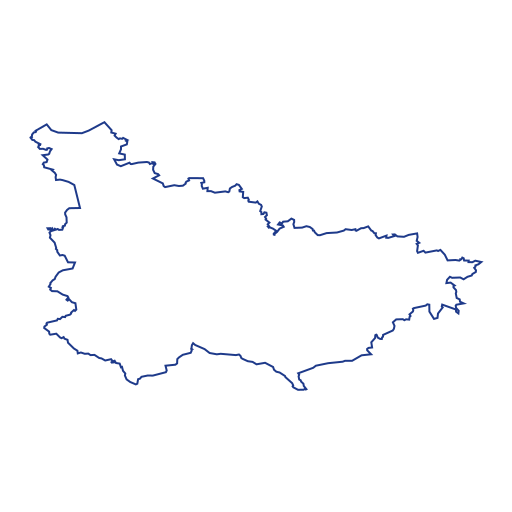 outline of Newcastle West Lea-6, Limerick, Ireland
{"feature_id": "5873133B14454086811136", "entity_name": "Newcastle West Lea-6", "entity_type": "district", "adm_level": 2, "iso_a3": "IRL", "parent_name": "Ireland", "parent_adm1": "Limerick", "projection": "robinson", "projection_center": [-9.078, 52.442], "detail": "fine", "context": "isolated", "style": "outline", "palette": "blue", "viewbox_px": 512, "rotation_deg": 0, "n_neighbors": 0, "source": "geoboundaries", "source_scale": "gbopen_adm2", "svg_char_len": 5980}
<svg xmlns="http://www.w3.org/2000/svg" viewBox="0 0 512 512"><path d="M458.4,313.4L458.7,310.8L456.1,307.9L455.7,305.7L456.4,304.7L463.7,303.4L460.0,301.7L459.7,299.4L456.7,298.0L455.8,293.4L456.3,291.9L456.0,290.1L453.5,287.4L453.5,286.0L454.6,285.5L450.6,282.6L446.4,283.1L447.1,279.8L449.9,276.8L452.1,277.8L460.2,277.5L463.6,279.3L467.5,276.8L471.7,275.5L472.4,274.0L475.8,272.0L476.0,270.3L474.2,267.8L475.5,266.6L475.4,265.4L478.4,264.3L481.3,262.0L475.3,260.7L472.4,262.2L468.5,262.1L468.7,260.6L464.1,260.5L463.7,258.3L462.3,257.6L461.4,259.2L460.3,259.3L460.4,259.8L459.3,260.6L455.5,260.0L447.6,260.4L444.8,254.7L440.4,249.9L438.1,251.0L436.8,250.4L425.4,252.6L423.6,250.8L417.9,252.8L417.1,251.1L417.9,245.4L416.7,243.9L419.2,242.8L416.7,240.8L417.6,237.0L417.1,233.4L408.7,234.9L404.0,236.8L397.4,236.4L394.8,234.4L393.0,234.5L394.2,236.1L388.2,237.9L386.2,237.7L386.5,235.6L378.9,238.4L377.3,237.5L375.6,235.1L375.9,233.3L374.3,233.2L372.5,231.0L371.3,230.6L368.2,226.4L363.6,228.1L361.1,228.2L356.4,230.8L355.6,230.5L355.4,229.2L351.7,230.0L345.6,229.2L343.8,230.6L337.0,232.5L326.6,233.1L320.0,235.2L317.7,235.1L314.8,232.3L314.0,230.6L312.9,230.5L312.6,229.0L309.8,227.0L306.4,226.2L302.1,227.6L294.5,227.9L293.4,224.2L294.2,222.0L294.1,219.9L291.4,218.6L287.8,221.3L283.1,221.7L281.9,223.5L279.7,222.4L278.1,224.5L282.9,225.5L283.7,226.8L279.6,228.6L277.1,231.9L274.7,233.8L274.5,234.8L273.8,234.6L273.7,233.8L276.2,230.8L272.9,228.6L269.7,227.3L268.8,227.7L268.1,226.8L269.4,226.7L267.7,224.3L269.4,222.6L265.6,219.6L266.1,218.7L265.0,217.0L266.9,215.2L266.4,212.7L264.4,212.3L263.4,214.0L261.4,214.2L261.4,212.1L260.2,211.1L261.8,206.5L261.1,204.9L258.8,203.7L257.4,201.4L255.8,202.6L248.7,201.7L248.3,200.8L248.8,199.8L247.8,197.7L244.2,198.1L242.8,197.2L243.2,191.9L239.6,191.4L239.4,190.1L241.8,188.9L238.9,184.9L236.6,184.2L235.2,185.7L232.0,187.0L229.9,188.5L229.3,191.5L228.2,192.2L225.3,191.4L214.9,192.7L210.9,191.1L207.4,191.1L207.7,187.8L202.9,188.7L201.7,185.9L201.9,184.5L201.3,182.9L204.3,182.3L204.3,180.8L203.1,178.2L189.2,178.1L188.4,178.6L189.1,180.4L186.4,181.6L185.7,182.5L185.7,183.6L182.9,185.7L178.9,186.0L174.3,185.2L165.1,187.1L163.7,186.1L162.8,183.4L152.9,178.5L159.1,175.3L158.1,174.1L154.7,173.1L153.1,169.8L153.3,166.6L155.4,164.0L154.6,162.4L153.7,162.3L154.4,162.9L153.5,163.1L153.9,163.3L153.4,164.0L151.9,163.2L149.9,164.0L148.9,162.5L146.9,162.0L138.3,162.6L131.7,164.1L130.6,164.0L129.5,162.7L120.8,166.2L117.0,164.6L114.1,159.3L118.7,160.2L124.9,159.3L124.8,154.6L119.2,153.4L121.0,149.3L121.0,146.5L126.8,144.4L127.3,141.7L126.1,140.9L127.4,140.1L123.1,137.9L122.2,138.8L119.9,138.4L118.7,139.1L116.5,137.5L114.6,135.6L115.6,133.7L111.3,132.5L111.6,130.2L104.4,122.2L88.7,130.6L81.9,133.2L58.2,132.6L51.3,130.1L46.7,124.4L35.7,130.7L36.1,131.2L35.7,132.1L33.8,132.4L32.1,134.5L31.9,136.3L31.1,137.0L31.6,137.5L30.7,137.9L32.3,139.9L34.2,140.2L35.4,141.7L40.4,144.2L40.1,145.0L38.7,145.1L38.7,146.7L38.2,147.1L39.8,148.9L43.1,148.8L46.1,149.9L47.1,149.6L47.2,148.4L49.0,148.0L51.6,149.1L50.0,151.3L49.2,153.8L48.2,154.5L42.7,155.2L47.5,159.6L46.6,162.1L43.8,162.6L42.8,164.2L43.9,165.2L44.2,167.3L52.7,169.6L51.8,170.3L54.8,172.8L56.1,174.9L55.6,177.1L56.0,180.0L60.0,179.6L62.6,180.1L68.6,181.9L74.3,185.0L80.0,208.0L69.3,208.2L67.1,209.9L65.1,212.6L65.2,214.4L66.5,217.3L66.7,222.6L65.1,224.2L64.9,225.6L62.8,226.2L62.5,227.3L63.1,227.5L62.3,229.7L59.0,229.9L57.7,229.0L56.1,229.6L54.8,228.7L54.2,229.3L55.0,229.9L52.4,230.7L52.2,228.8L51.1,229.9L50.7,228.2L47.6,228.3L48.3,229.5L49.5,229.2L50.5,230.0L50.5,231.6L49.5,232.6L50.5,235.2L49.9,237.7L54.6,242.6L56.2,247.9L55.9,248.9L57.2,250.1L57.3,251.8L59.9,255.5L62.5,255.0L64.7,255.7L68.0,262.3L75.0,262.5L72.6,268.5L62.8,270.3L58.7,272.5L55.6,276.7L54.7,279.1L52.7,280.3L50.3,283.1L50.5,284.0L48.8,286.7L50.9,287.9L50.2,289.6L52.0,291.1L57.4,291.3L62.7,294.6L67.5,296.1L68.3,297.4L66.5,299.7L67.7,300.6L69.2,299.3L71.9,302.2L75.4,303.2L76.3,309.6L75.0,310.9L74.0,310.0L71.1,312.6L71.1,313.6L69.9,314.7L65.7,315.8L65.1,317.1L62.4,316.8L60.0,319.1L57.8,318.8L57.0,320.4L47.1,322.7L46.5,323.4L46.9,324.7L44.4,326.6L44.2,328.0L49.1,331.6L49.3,333.7L50.2,334.7L56.3,333.7L60.1,337.5L61.6,338.2L63.6,337.1L64.5,338.7L67.5,339.8L68.0,342.7L73.9,348.5L77.4,350.7L77.8,353.4L80.9,352.5L84.8,353.8L88.3,353.6L90.5,355.1L94.5,354.9L99.2,358.0L101.5,358.4L105.2,360.5L111.1,359.2L112.7,361.3L111.5,362.2L111.8,362.6L113.6,362.4L112.9,361.3L114.6,360.7L116.0,363.0L119.7,363.6L121.0,367.3L122.0,366.9L123.0,370.8L125.3,373.5L124.9,375.5L126.6,379.4L130.2,382.0L135.8,384.4L137.3,383.7L138.1,379.2L139.9,378.7L141.5,376.8L147.8,375.5L152.8,375.6L165.9,372.2L166.7,370.5L165.5,365.7L175.4,364.7L177.1,363.4L177.3,359.1L179.0,357.4L182.8,354.8L190.7,352.8L191.7,350.6L191.3,349.1L191.8,349.0L191.4,348.7L191.9,345.2L193.1,343.2L195.2,345.0L204.6,349.1L209.6,353.0L216.8,354.3L220.7,353.8L235.9,355.1L239.0,354.5L240.5,355.9L241.3,358.0L242.5,358.8L247.8,361.2L252.6,361.9L256.5,364.3L265.1,362.8L273.1,367.0L274.0,369.7L276.3,371.7L279.6,372.5L285.0,376.0L285.4,377.1L292.2,383.2L293.2,385.4L292.6,386.3L293.3,387.3L298.0,389.8L303.7,389.7L305.0,388.8L305.8,389.5L306.4,389.2L303.8,386.0L303.4,383.7L301.1,381.6L300.7,380.3L299.2,379.5L298.6,376.3L299.2,374.7L298.2,373.3L313.2,367.8L315.9,365.7L328.1,363.2L342.7,361.7L345.0,360.8L352.1,360.8L361.6,355.3L371.1,354.3L367.2,350.3L367.1,349.0L368.5,347.9L372.1,347.5L371.3,342.3L375.1,338.0L375.3,335.2L376.0,334.6L375.6,334.3L376.2,334.6L376.1,335.0L376.8,335.2L377.8,337.6L380.1,338.9L381.8,339.0L382.1,337.4L383.0,336.7L383.1,334.9L392.8,330.5L393.9,328.8L394.5,325.9L392.9,322.3L396.2,319.4L402.8,319.2L404.4,320.2L406.1,319.3L409.2,319.6L409.6,316.9L410.5,316.0L409.5,314.4L412.9,311.5L413.3,310.0L412.9,308.7L413.9,308.1L425.7,305.6L427.3,304.3L429.3,304.7L429.4,311.6L434.0,318.9L437.5,317.9L438.0,313.5L442.7,307.4L441.8,306.5L442.2,304.6L455.9,309.5L456.1,311.7L458.4,313.4Z" fill="none" stroke="#1e3a8a" stroke-width="2"/></svg>